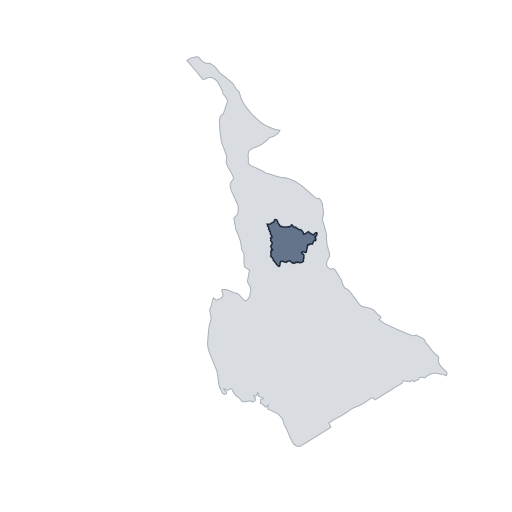 location of Vina, Adamaoua, Cameroon, rotated 328°
{"feature_id": "32672807B59264134581656", "entity_name": "Vina", "entity_type": "district", "adm_level": 2, "iso_a3": "CMR", "parent_name": "Cameroon", "parent_adm1": "Adamaoua", "projection": "equal_earth", "projection_center": [13.667, 7.236], "detail": "fine", "context": "in_parent", "style": "filled", "palette": "slate", "viewbox_px": 512, "rotation_deg": 328, "n_neighbors": 0, "source": "geoboundaries", "source_scale": "gbopen_adm2", "svg_char_len": 5874}
<svg xmlns="http://www.w3.org/2000/svg" viewBox="0 0 512 512"><g transform="rotate(328 256 256)"><path d="M155.4,348.6L156.2,345.9L161.9,332.9L165.5,312.1L167.2,307.2L168.9,304.0L177.2,292.9L180.3,289.4L184.8,285.4L188.0,277.3L189.0,276.4L190.4,275.7L197.6,268.9L198.2,270.2L198.7,271.8L199.2,272.6L201.5,273.1L204.7,273.1L206.5,272.6L207.5,271.2L208.5,267.4L209.1,266.7L209.8,266.5L213.3,269.1L219.0,276.7L220.4,278.0L221.0,279.5L222.3,286.3L223.0,288.0L224.2,288.7L226.4,288.3L228.7,287.1L230.8,285.3L232.8,283.0L234.1,281.0L234.7,279.5L235.0,273.9L235.5,272.7L242.9,264.6L242.8,263.8L241.5,261.5L240.5,259.1L241.6,256.5L242.7,254.5L247.0,247.8L247.3,242.9L250.7,235.2L252.7,225.1L252.8,223.2L257.3,212.1L262.0,211.0L263.8,209.5L265.9,206.7L267.3,204.2L267.9,201.7L268.4,197.0L269.2,191.7L269.7,187.0L271.2,182.6L273.5,180.4L277.6,178.6L278.3,177.7L278.9,174.9L279.4,165.3L280.1,161.0L283.9,156.2L285.6,148.7L287.1,140.9L291.4,131.4L296.5,122.0L298.8,119.4L300.8,118.3L303.1,118.1L304.6,117.4L310.1,112.7L312.3,111.2L314.0,109.5L314.4,108.1L314.6,106.0L314.0,101.2L315.0,97.6L315.5,92.1L315.7,87.8L315.5,86.3L314.5,83.8L312.9,81.1L310.2,79.5L306.5,79.0L304.5,78.1L303.8,73.1L303.5,70.0L301.0,53.6L305.7,53.6L311.4,55.6L312.8,57.1L313.6,62.7L315.6,65.9L319.2,68.5L321.5,73.9L322.4,82.1L324.4,87.0L324.8,87.8L327.7,97.1L327.8,101.3L327.6,104.2L328.7,107.8L327.0,113.9L326.5,117.6L326.4,122.9L327.4,132.2L329.1,139.3L330.9,145.1L332.9,149.6L336.1,154.6L339.6,159.2L342.9,162.0L339.9,163.7L334.1,163.9L330.7,162.9L329.1,162.9L327.5,163.5L321.3,164.4L315.1,163.9L309.3,162.8L305.7,163.0L303.0,165.8L300.8,169.9L298.7,173.2L299.5,176.9L301.0,178.9L304.0,183.3L306.7,187.6L308.1,190.5L313.5,196.8L318.7,202.5L321.1,204.4L322.0,204.9L324.9,208.1L328.8,213.4L332.4,221.8L337.4,238.5L338.5,239.8L340.2,240.7L340.4,242.5L340.3,245.1L339.8,247.2L335.8,256.0L332.2,259.4L331.2,261.4L329.9,266.5L326.7,276.4L325.3,277.8L322.1,284.5L319.6,293.0L318.9,294.3L317.9,295.4L314.2,297.5L312.9,298.5L311.0,301.2L310.8,302.9L311.6,305.3L312.7,307.3L314.6,307.3L315.7,309.1L315.7,322.3L314.8,324.2L314.8,325.1L314.4,327.4L314.3,329.9L314.5,330.9L315.3,331.7L316.3,333.5L316.9,337.6L318.1,351.8L318.7,354.1L319.8,355.6L323.0,358.7L326.4,362.7L327.5,365.4L328.2,369.7L329.5,373.1L329.4,374.2L328.9,374.7L326.8,374.9L327.5,377.4L329.3,381.7L338.0,394.9L346.4,406.6L348.3,407.5L349.8,407.8L350.5,408.5L351.2,410.2L354.0,414.4L354.5,416.9L353.9,419.3L354.6,422.9L355.0,424.3L354.9,425.5L355.2,430.0L356.0,433.9L357.2,437.2L357.0,439.5L355.4,440.9L354.5,443.0L354.2,446.1L354.7,449.8L355.9,454.1L356.0,456.7L353.9,458.4L351.7,455.4L349.2,453.4L345.5,449.9L341.8,448.6L336.9,448.4L334.9,448.8L331.3,446.0L330.1,445.6L328.5,446.8L327.4,446.8L326.1,446.4L323.3,446.4L323.0,444.4L322.6,444.0L319.6,444.2L318.7,442.5L318.3,442.7L317.1,442.1L314.7,439.7L312.2,441.3L307.0,441.1L280.7,441.1L280.1,438.8L278.8,437.7L276.4,437.6L269.4,438.0L264.1,437.7L260.5,436.8L256.0,436.3L250.5,436.7L244.8,436.7L234.8,436.1L229.2,436.2L229.3,437.5L229.0,438.5L228.7,440.9L192.9,440.9L190.0,439.2L189.2,438.2L188.9,436.2L188.2,436.0L188.8,427.6L190.0,420.6L190.5,414.2L192.1,408.4L191.3,402.6L190.2,400.1L184.9,392.0L187.3,388.9L184.1,389.4L183.4,386.3L181.8,382.7L182.8,382.1L183.7,380.2L186.7,380.8L186.6,379.8L184.0,376.8L184.3,375.2L185.3,373.5L184.8,372.8L183.0,374.6L181.7,374.5L180.6,373.4L179.9,373.2L180.3,375.5L179.3,377.6L178.3,378.3L176.7,378.2L175.3,377.7L175.0,376.5L173.7,375.6L170.1,374.1L167.1,372.3L166.5,367.3L165.3,365.2L164.8,362.8L164.6,360.0L165.0,355.8L164.2,355.1L163.3,354.9L162.0,355.1L160.8,354.9L159.4,352.5L158.2,351.6L158.9,355.9L158.0,357.1L155.9,356.8L155.0,355.1L154.8,353.9L155.8,348.7L155.4,348.6Z" fill="#d9dde1" stroke="#a8b0b8" stroke-width="1"/><path d="M283.5,281.8L284.4,281.5L285.0,282.6L285.7,282.6L286.8,282.4L287.5,283.5L288.3,283.6L288.8,283.5L289.5,284.9L291.2,285.6L292.3,285.6L293.4,285.6L294.5,283.8L294.8,283.5L295.6,283.2L295.8,282.4L296.3,281.8L296.9,281.1L296.9,280.9L297.1,279.9L296.2,277.8L296.5,277.1L297.6,277.0L298.4,277.4L299.3,278.6L299.9,279.4L300.6,279.4L301.1,278.9L302.7,277.1L303.7,276.1L305.1,274.7L305.5,274.0L306.3,273.8L306.7,274.6L307.8,274.2L308.2,274.8L309.2,274.9L310.0,275.8L310.8,275.3L311.7,274.6L312.4,274.2L313.7,273.7L313.9,273.6L314.5,274.5L315.2,274.2L316.3,271.9L315.9,271.2L316.5,270.8L318.1,270.8L319.5,269.5L319.9,268.5L318.6,267.9L316.1,268.5L315.4,267.9L315.2,267.5L314.8,267.0L314.4,266.0L314.0,265.2L313.3,263.1L311.7,263.2L310.2,263.3L308.0,262.8L308.3,261.6L308.4,261.2L308.4,259.6L308.1,257.9L307.7,257.2L306.6,256.7L305.6,254.4L304.9,253.6L305.0,252.6L304.2,252.2L303.3,251.3L303.1,249.1L302.6,248.4L301.8,249.0L299.7,249.1L299.0,248.3L297.3,247.7L296.3,247.1L295.2,246.2L294.0,245.5L293.5,245.2L293.2,244.1L292.6,244.1L292.5,243.9L292.1,243.4L292.4,242.2L292.4,241.7L292.1,240.4L292.5,238.3L292.7,236.5L292.2,235.7L291.3,235.1L290.8,235.3L290.0,236.1L288.8,236.5L286.4,236.3L286.0,236.3L284.9,236.5L282.9,235.4L282.4,235.1L282.5,235.6L281.7,236.8L282.0,238.1L281.7,239.1L280.9,239.9L281.3,241.0L280.6,242.1L281.0,243.2L280.7,243.8L280.1,244.4L280.0,245.0L279.9,245.4L280.0,246.8L279.7,247.5L279.8,248.4L279.3,248.6L277.9,248.4L277.4,250.0L276.6,250.6L276.6,251.3L276.8,253.3L276.4,253.7L276.2,254.2L275.7,254.4L275.1,254.8L274.2,255.2L273.6,255.5L273.4,256.6L273.2,257.5L273.0,258.3L273.4,258.6L273.4,259.3L273.1,259.8L272.6,259.7L271.9,259.3L270.9,260.2L270.5,260.7L270.3,261.9L269.5,262.6L268.9,263.4L268.3,264.1L268.9,266.2L268.9,267.3L268.8,268.3L268.5,268.6L268.4,268.7L268.7,270.1L268.9,271.9L269.0,274.3L269.4,275.8L269.8,276.9L270.5,277.1L271.0,276.6L271.3,276.4L271.9,275.9L272.2,275.2L273.0,274.6L273.5,274.0L274.3,273.7L275.1,274.0L276.1,275.1L277.1,276.2L278.1,277.2L278.3,277.5L280.2,277.2L281.1,277.6L282.0,277.8L282.3,278.4L282.6,279.7L283.5,281.8Z" fill="#64748b" stroke="#1e293b" stroke-width="1.5"/></g></svg>